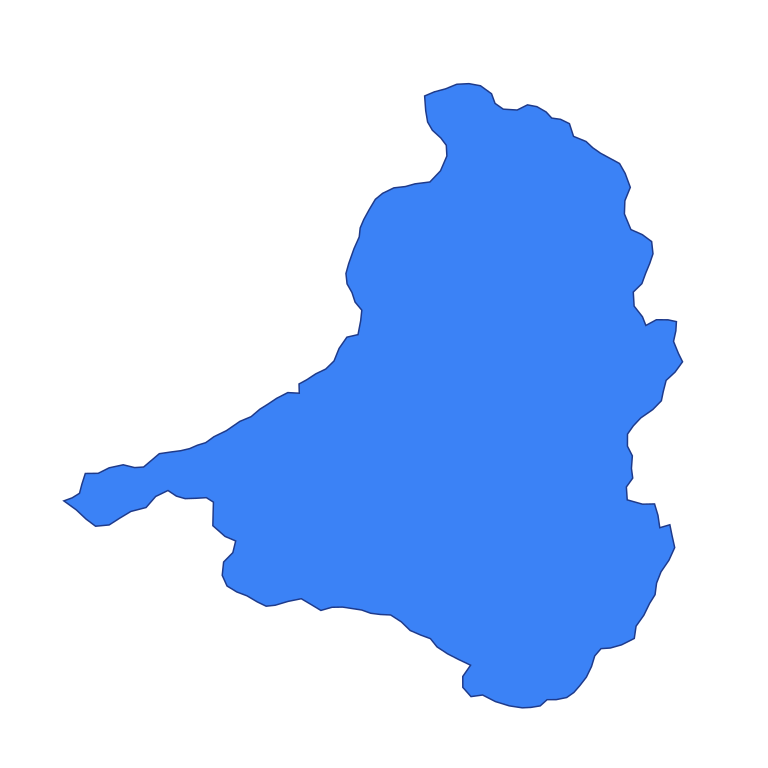 Cambuí, Minas Gerais, Brazil (orthographic projection), rotated 186°
{"feature_id": "56859067B55760606660323", "entity_name": "Cambuí", "entity_type": "district", "adm_level": 2, "iso_a3": "BRA", "parent_name": "Brazil", "parent_adm1": "Minas Gerais", "projection": "orthographic", "projection_center": [-46.068, -22.592], "detail": "fine", "context": "isolated", "style": "filled", "palette": "blue", "viewbox_px": 768, "rotation_deg": 186, "n_neighbors": 0, "source": "geoboundaries", "source_scale": "gbopen_adm2", "svg_char_len": 2520}
<svg xmlns="http://www.w3.org/2000/svg" viewBox="0 0 768 768"><g transform="rotate(186 384 384)"><path d="M108.5,157.1L108.0,169.5L101.4,181.2L96.9,193.6L92.4,202.8L92.1,214.5L88.9,226.1L82.2,238.5L77.8,251.7L81.8,263.7L85.0,273.9L94.7,269.9L97.8,282.0L102.4,293.0L114.3,291.5L130.0,294.2L132.2,306.9L126.8,316.4L129.1,325.9L129.5,338.5L135.4,347.6L136.6,359.6L131.7,368.4L125.1,377.1L114.0,386.7L106.4,396.3L105.5,405.5L103.8,417.1L95.8,426.2L89.4,437.3L94.4,445.2L100.5,456.6L99.3,467.4L99.7,476.6L108.2,477.5L119.8,476.4L129.7,469.6L134.0,477.9L143.4,487.6L145.7,501.5L138.0,510.8L135.4,521.3L132.3,531.8L130.1,541.6L132.7,553.6L142.6,559.5L154.6,563.4L162.7,578.3L163.6,591.4L159.6,605.3L166.2,618.7L172.8,627.9L183.2,632.2L192.9,636.2L201.3,640.9L208.4,646.3L221.4,650.1L226.8,662.3L236.1,665.7L245.0,666.0L251.2,671.5L260.9,675.8L270.5,676.6L280.2,670.4L294.1,669.8L302.9,674.7L307.4,683.9L319.2,690.7L330.9,691.6L343.0,689.7L353.8,683.9L364.3,679.9L373.7,674.7L371.1,660.2L368.0,649.1L362.4,641.4L353.2,634.6L347.0,627.9L345.3,617.3L350.1,601.9L359.5,589.7L374.1,586.3L383.4,582.6L394.7,580.1L405.3,573.5L411.9,566.8L416.9,556.0L421.3,545.5L424.0,536.7L424.0,527.7L428.0,515.4L431.7,500.0L433.4,489.9L431.2,479.7L425.4,471.6L421.3,462.4L413.8,455.1L413.8,444.5L415.0,430.4L425.8,426.7L432.4,414.7L436.1,401.7L443.5,392.8L452.9,387.0L461.6,379.9L468.5,375.2L467.3,366.0L478.8,365.4L489.2,358.6L497.0,352.1L504.8,346.0L512.8,337.6L523.4,331.8L535.9,321.1L547.5,313.9L555.2,307.0L563.2,303.6L570.6,299.4L579.2,296.4L588.5,294.2L600.2,291.2L608.5,282.5L614.4,276.3L623.3,274.8L634.9,276.4L648.6,271.9L658.9,265.3L671.7,263.8L674.0,252.7L675.4,243.5L682.2,238.2L690.2,234.3L676.8,226.6L666.2,218.5L656.0,212.4L642.6,215.1L633.0,222.8L622.4,230.8L607.7,236.3L599.3,248.3L587.7,255.5L578.8,250.8L569.8,249.2L559.0,250.7L548.8,252.4L541.3,248.7L540.5,238.5L539.4,225.2L526.2,215.8L515.1,212.4L516.7,200.5L524.9,190.2L524.9,176.8L519.0,166.7L508.7,161.8L498.1,159.0L487.4,154.1L478.0,150.7L469.1,152.6L456.6,157.8L443.8,161.8L433.5,157.1L423.1,152.2L412.5,156.5L401.9,157.8L382.6,156.9L373.2,154.6L363.5,154.4L353.3,155.0L342.0,149.3L332.2,141.6L321.1,138.1L311.2,135.6L303.8,128.1L292.6,122.3L280.7,117.7L268.5,113.4L275.1,101.4L273.9,90.5L264.8,82.2L253.4,85.0L240.0,79.8L225.8,77.0L212.7,76.4L204.2,77.7L195.0,80.2L188.8,87.1L179.7,88.1L169.5,91.3L162.9,97.1L157.8,104.4L152.1,113.6L148.1,124.7L146.0,135.6L140.5,143.5L131.3,145.1L120.5,149.4L108.5,157.1Z" fill="#3b82f6" stroke="#1e3a8a" stroke-width="1.5"/></g></svg>